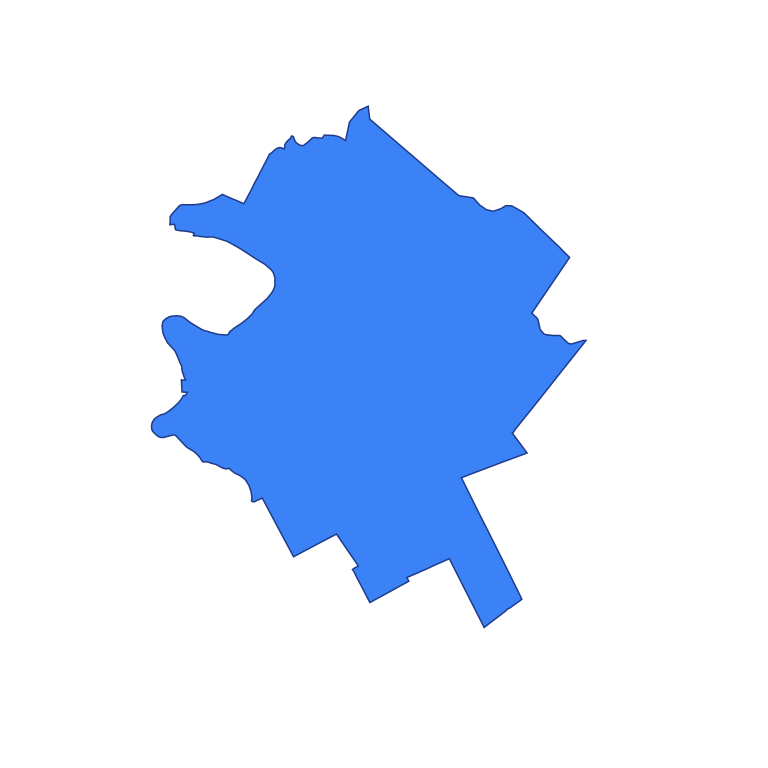 outline of Biliesti, Vrancea, Romania, rotated 330°
{"feature_id": "2599482B7055323115880", "entity_name": "Biliesti", "entity_type": "district", "adm_level": 2, "iso_a3": "ROU", "parent_name": "Romania", "parent_adm1": "Vrancea", "projection": "mercator", "projection_center": [27.326, 45.715], "detail": "fine", "context": "isolated", "style": "filled", "palette": "blue", "viewbox_px": 768, "rotation_deg": 330, "n_neighbors": 0, "source": "geoboundaries", "source_scale": "gbopen_adm2", "svg_char_len": 4587}
<svg xmlns="http://www.w3.org/2000/svg" viewBox="0 0 768 768"><g transform="rotate(330 384 384)"><path d="M509.2,135.5L498.9,134.6L488.8,138.5L485.1,139.9L472.4,154.0L470.3,150.0L468.4,147.0L464.7,143.6L459.4,140.3L456.7,138.6L453.4,140.2L451.0,138.7L449.3,137.4L447.3,135.9L446.1,135.2L444.7,135.1L443.2,135.4L441.3,136.0L439.2,136.4L437.8,136.7L436.0,136.8L433.3,137.2L431.0,135.6L429.9,134.0L428.8,131.5L428.4,129.7L428.7,127.0L429.2,124.6L428.8,123.5L427.5,123.1L427.0,123.7L425.9,124.4L424.1,124.8L422.2,125.2L419.8,126.0L417.5,127.5L416.2,129.5L415.1,130.7L414.3,129.6L413.3,128.1L411.8,127.1L410.6,126.6L409.4,126.5L407.5,126.5L406.5,126.6L405.8,126.7L404.3,127.1L402.9,127.5L402.4,127.6L401.5,127.6L399.7,127.7L396.5,129.9L389.1,134.6L378.3,141.6L372.6,145.1L367.0,148.9L352.8,157.8L347.5,150.6L345.7,148.4L340.3,141.1L338.9,139.0L337.9,139.1L336.0,139.0L334.4,139.1L333.2,139.1L330.5,139.1L329.3,139.2L328.4,139.1L326.0,138.6L322.7,138.2L320.3,137.9L318.0,137.2L314.0,135.9L311.0,134.6L306.9,132.5L304.8,131.3L303.2,130.3L301.3,129.3L299.9,128.3L298.9,127.9L297.7,127.5L296.5,127.3L296.3,127.2L285.2,130.8L282.5,132.1L281.5,133.8L280.7,135.4L279.7,136.8L278.6,138.5L278.2,139.1L279.3,139.5L282.1,140.6L282.3,141.0L281.9,142.3L280.6,146.0L281.0,146.7L284.2,149.4L287.1,151.4L290.5,154.0L293.0,156.1L295.1,158.7L293.2,160.0L293.4,160.7L295.1,161.5L296.9,162.8L298.2,164.0L300.7,165.9L302.3,167.0L303.9,168.2L308.8,170.7L311.3,173.1L315.0,177.1L319.2,181.7L322.0,186.1L327.6,195.7L336.0,212.4L340.5,220.4L343.5,228.8L343.8,232.1L343.3,234.8L342.3,238.3L341.0,240.1L339.7,242.8L337.8,245.2L336.6,246.2L333.7,248.2L331.1,249.4L327.9,250.6L325.8,251.5L317.4,253.3L309.4,255.0L306.5,256.5L305.4,257.1L303.8,257.7L301.0,258.4L299.0,259.0L290.8,260.2L288.0,260.4L286.1,260.3L284.6,260.6L282.5,260.7L281.1,260.8L280.1,261.1L278.5,261.3L277.4,261.3L276.2,261.7L274.4,263.0L272.7,263.2L270.9,262.0L265.6,258.4L260.4,253.4L258.0,250.8L254.2,246.8L252.8,244.5L250.5,240.4L246.8,233.6L244.1,226.8L242.2,224.0L238.8,221.3L234.2,219.2L231.6,218.4L227.9,218.3L223.8,219.3L221.0,222.6L219.6,225.5L218.0,229.6L217.4,234.3L217.1,240.0L218.8,247.6L219.5,251.1L219.1,255.4L217.8,265.2L217.7,267.8L216.1,270.5L215.4,273.4L214.5,277.6L214.2,280.7L214.2,281.4L212.7,280.7L210.6,279.1L209.7,280.8L205.1,289.9L207.4,291.5L209.6,292.8L206.2,294.8L205.2,293.8L204.0,293.8L202.2,295.1L200.0,296.2L196.6,297.4L192.9,298.3L189.6,299.1L185.9,299.6L180.8,300.2L178.3,299.9L175.8,299.2L173.5,299.0L170.3,299.1L167.4,299.6L165.8,300.4L163.9,301.6L162.3,303.3L161.1,305.2L160.2,307.2L160.0,309.0L160.4,311.2L161.7,315.4L162.5,317.1L163.4,318.0L164.7,319.2L166.8,320.3L170.1,321.1L176.3,322.8L177.1,323.4L177.6,324.1L178.0,325.2L180.8,337.3L181.5,339.5L182.2,341.4L183.2,343.0L183.9,344.5L184.7,345.6L186.0,348.5L186.6,350.6L187.1,352.3L187.8,355.6L187.8,357.5L187.9,360.3L188.8,361.4L191.1,362.4L192.6,363.7L194.4,365.8L196.1,367.5L197.7,369.1L198.8,370.4L200.4,373.2L202.4,376.3L204.4,378.4L208.0,379.8L208.1,381.3L208.4,382.1L208.9,383.6L210.1,386.2L210.8,387.5L212.1,389.3L213.1,390.7L213.7,391.6L214.6,393.9L215.2,395.1L215.5,396.0L216.0,397.6L216.1,398.8L216.2,400.0L216.3,405.0L215.8,406.6L215.6,407.8L215.1,410.8L213.6,414.3L212.8,416.4L212.2,417.3L211.0,418.7L210.8,419.4L211.1,420.0L212.8,421.2L214.5,421.3L221.6,421.9L221.4,426.3L220.5,451.8L219.3,488.4L228.8,488.7L249.2,489.4L267.8,490.2L270.8,528.9L266.2,528.6L263.9,528.9L264.1,530.3L264.1,533.0L263.7,537.9L263.3,548.8L262.5,566.2L306.9,567.2L307.1,563.5L307.1,563.0L309.3,563.3L317.6,564.3L324.4,565.0L325.5,565.2L340.8,566.6L341.5,566.7L343.2,566.9L347.0,567.3L348.8,567.5L352.2,567.9L353.2,568.0L349.0,644.9L356.5,643.9L370.8,642.1L374.5,641.6L376.3,641.3L377.3,641.0L377.8,640.7L378.4,640.6L379.0,640.6L379.5,640.8L380.2,640.9L381.5,640.8L384.6,640.5L389.5,640.0L392.3,639.8L394.0,639.6L395.8,639.3L397.8,609.8L399.3,584.8L400.8,559.7L401.5,545.9L404.2,503.9L413.3,505.3L431.2,508.2L448.4,511.0L460.9,513.2L473.4,515.3L470.6,490.6L472.2,490.4L475.6,488.7L513.1,474.1L542.0,462.6L580.7,447.3L578.7,446.0L573.5,444.8L568.3,443.6L565.8,442.8L563.9,440.8L561.9,434.5L561.7,433.6L561.3,431.6L560.7,430.3L559.5,429.3L557.6,428.2L554.8,426.6L550.5,423.5L547.7,421.1L547.1,418.2L546.5,414.9L549.6,405.0L549.4,403.7L549.2,402.4L548.3,399.5L547.5,396.5L608.0,367.2L605.9,359.5L603.9,351.7L601.0,342.0L596.6,326.8L592.7,312.5L590.7,305.5L587.2,299.5L583.7,293.6L578.8,290.5L572.7,290.6L564.9,289.0L559.8,284.2L556.4,277.0L554.4,267.5L543.0,258.3L535.6,237.5L504.1,147.5L506.6,141.5L509.2,135.5Z" fill="#3b82f6" stroke="#1e3a8a" stroke-width="1.5"/></g></svg>